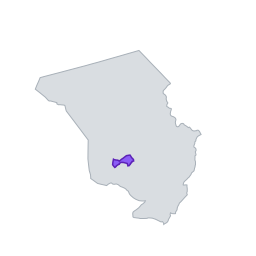 Barh-El-Gazel Sud, Barh El Gazel, Chad (highlighted), rotated 318°
{"feature_id": "50815135B11223303174297", "entity_name": "Barh-El-Gazel Sud", "entity_type": "district", "adm_level": 2, "iso_a3": "TCD", "parent_name": "Chad", "parent_adm1": "Barh El Gazel", "projection": "albers", "projection_center": [16.372, 13.697], "detail": "fine", "context": "in_parent", "style": "filled", "palette": "violet", "viewbox_px": 256, "rotation_deg": 318, "n_neighbors": 0, "source": "geoboundaries", "source_scale": "gbopen_adm2", "svg_char_len": 4181}
<svg xmlns="http://www.w3.org/2000/svg" viewBox="0 0 256 256"><g transform="rotate(318 128 128)"><path d="M188.0,77.7L188.2,83.1L188.4,88.4L188.5,93.8L188.7,99.2L188.9,104.6L189.1,110.0L189.2,115.3L189.4,120.7L189.5,122.5L189.3,123.2L189.3,123.3L189.1,123.5L186.3,123.0L185.1,123.1L183.4,123.5L180.9,123.8L179.3,123.8L178.2,124.7L177.3,125.9L177.8,128.5L177.7,129.4L177.4,130.4L176.7,131.2L175.9,131.8L175.5,132.4L175.0,133.6L174.6,134.2L174.6,134.9L174.5,135.8L174.1,136.2L172.9,136.5L172.2,136.9L171.6,137.5L171.2,137.9L171.4,138.5L171.7,139.2L171.9,140.4L172.0,141.1L172.6,141.7L173.0,142.1L173.1,142.6L172.8,143.0L171.4,143.9L170.8,144.2L170.2,144.7L169.9,144.9L168.9,145.7L168.4,146.5L168.2,147.1L168.2,147.9L168.8,149.2L169.4,150.2L169.6,151.0L169.8,151.9L169.7,152.7L169.5,153.5L168.9,154.1L167.0,155.4L166.1,156.8L165.3,158.5L165.1,159.4L165.4,159.9L165.8,160.4L166.4,160.7L167.2,160.7L168.7,160.4L170.0,160.2L171.4,160.8L172.2,162.1L171.9,163.2L172.5,165.0L173.0,167.2L173.0,167.9L173.2,168.2L174.1,168.3L174.3,168.8L174.1,172.7L174.6,173.8L175.2,174.5L175.8,174.9L176.5,175.4L176.9,175.8L177.7,175.8L178.6,176.5L178.8,177.4L178.8,178.4L178.3,180.3L178.0,181.7L177.4,181.6L176.4,181.3L175.1,181.0L173.6,180.9L172.1,181.4L170.5,182.2L170.1,182.7L169.6,183.0L168.9,183.0L168.3,183.1L167.9,183.6L167.4,184.1L165.1,185.3L164.6,185.8L164.3,186.2L164.3,186.6L164.6,187.5L164.6,188.7L164.1,189.6L163.5,190.3L162.9,190.5L162.3,190.6L161.9,191.0L160.8,193.2L160.3,193.6L159.2,193.5L156.2,196.7L155.9,197.7L154.9,199.0L153.5,200.5L152.2,201.2L152.1,201.5L151.8,201.8L151.0,202.1L148.4,204.0L145.1,203.9L143.7,204.7L142.3,205.0L140.3,205.4L139.7,205.3L137.1,205.5L134.1,205.5L132.9,205.8L131.8,206.5L131.0,207.1L130.9,207.3L131.0,207.5L133.1,209.1L133.7,209.8L133.1,210.5L132.9,210.6L132.5,211.2L131.3,212.9L129.4,214.9L128.4,215.4L128.0,215.8L127.5,217.1L127.2,217.3L125.9,217.4L123.3,217.6L119.7,218.0L117.5,218.2L116.2,218.1L114.3,219.0L113.6,219.2L113.2,219.3L111.3,220.2L109.8,221.5L109.2,221.8L107.1,222.3L106.2,223.3L105.8,223.3L104.4,222.1L103.4,221.0L103.0,219.9L102.9,219.5L102.6,219.6L101.9,220.1L101.2,220.7L100.9,221.7L98.6,222.5L96.7,223.1L95.8,223.8L94.4,224.2L92.7,224.1L91.4,223.7L90.0,223.6L90.7,222.7L90.9,221.9L91.0,221.1L90.9,220.5L90.1,220.2L89.6,219.7L88.5,216.9L87.3,214.0L85.7,211.2L84.0,209.4L82.7,208.2L82.3,208.1L81.6,207.8L81.1,207.4L78.8,205.5L76.4,203.3L75.8,202.3L74.5,200.9L73.2,199.3L72.5,198.6L72.2,197.4L73.1,196.3L74.1,194.9L75.4,193.9L77.0,193.9L79.6,194.3L82.5,194.5L85.3,194.2L86.0,194.0L86.7,194.0L88.2,194.3L90.9,194.3L92.2,193.7L90.8,192.7L89.2,191.2L87.7,189.5L86.9,187.9L86.0,185.9L85.3,183.5L84.9,180.3L84.9,178.5L85.2,177.2L86.0,175.2L85.5,173.9L85.6,172.9L85.5,171.5L85.3,170.7L84.3,168.3L84.1,168.0L83.2,166.3L82.8,163.5L81.8,161.7L80.2,160.7L79.2,159.6L78.9,157.7L78.3,157.2L75.7,156.5L73.6,156.5L72.1,154.3L70.1,151.5L68.3,148.8L67.2,143.6L66.5,140.6L67.3,139.7L68.9,137.6L70.8,133.6L75.2,127.4L77.5,124.2L81.9,119.4L87.3,113.6L90.4,110.3L90.9,104.2L91.5,97.8L91.9,93.0L92.4,87.3L92.8,82.6L93.1,79.1L93.5,74.2L93.9,73.2L96.0,69.4L96.1,68.9L95.8,68.2L92.8,64.9L91.9,64.2L91.3,62.5L92.1,61.5L88.5,56.0L87.7,55.4L87.3,54.7L87.2,53.7L87.2,49.9L86.3,44.0L85.1,37.1L89.2,35.1L92.4,33.7L96.4,31.8L100.2,33.7L105.6,36.5L111.0,39.3L116.4,42.1L121.9,44.9L127.3,47.7L132.8,50.5L138.2,53.3L143.7,56.0L149.2,58.8L154.7,61.5L160.3,64.2L165.8,66.9L171.3,69.6L176.9,72.3L182.4,75.0L188.0,77.7Z" fill="#d9dde1" stroke="#a8b0b8" stroke-width="1"/><path d="M111.4,149.5L110.4,148.8L108.3,147.5L105.9,147.3L104.2,147.2L102.4,146.9L99.3,146.8L99.3,146.6L99.3,146.0L98.8,145.0L98.7,145.0L97.8,143.9L97.4,143.4L96.9,142.8L96.4,141.9L96.3,141.5L95.4,142.2L93.9,143.3L92.0,145.0L91.8,146.9L91.8,148.5L92.3,148.6L93.6,148.6L93.8,148.4L94.4,148.4L95.1,148.5L95.6,148.6L95.8,148.6L96.2,148.7L96.8,148.9L97.3,149.1L97.6,148.7L97.8,148.7L98.1,148.7L98.6,148.7L99.2,148.8L99.7,148.8L101.5,150.5L103.1,152.9L103.7,153.9L102.6,156.1L103.7,156.6L102.9,156.7L105.4,156.5L105.7,156.2L106.4,155.9L107.0,156.2L108.2,155.9L108.5,155.6L108.9,155.9L109.4,155.9L110.1,156.3L111.0,155.0L110.9,152.4L111.4,149.5Z" fill="#8b5cf6" stroke="#5b21b6" stroke-width="1.5"/></g></svg>